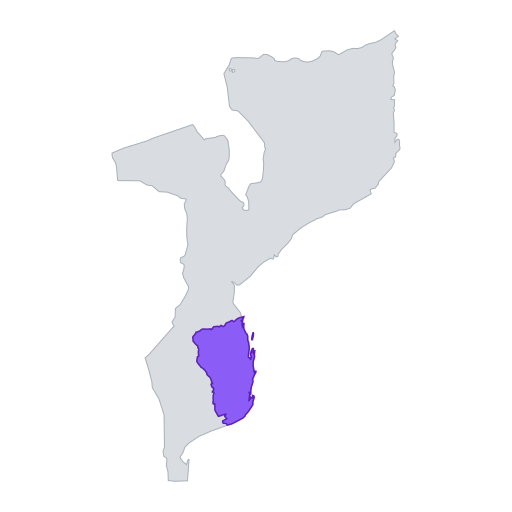 Inhambane on a map of Mozambique (Albers equal-area conic projection)
{"feature_id": "MOZ-1925", "entity_name": "Inhambane", "entity_type": "Province", "adm_level": 1, "iso_a3": "MOZ", "parent_name": "Mozambique", "parent_adm1": "", "projection": "albers", "projection_center": [34.454, -22.902], "detail": "fine", "context": "in_parent", "style": "filled", "palette": "violet", "viewbox_px": 512, "rotation_deg": 0, "n_neighbors": 0, "source": "natural_earth", "source_scale": "10m", "svg_char_len": 9288}
<svg xmlns="http://www.w3.org/2000/svg" viewBox="0 0 512 512"><path d="M145.1,357.8L148.7,354.8L172.6,327.6L174.1,326.5L172.0,322.1L175.1,316.9L175.4,308.8L176.4,307.5L180.1,304.7L185.1,296.4L188.3,289.9L188.6,286.8L183.9,278.1L182.5,273.4L183.8,269.3L184.3,265.5L183.6,264.2L180.7,262.7L180.3,261.0L180.2,259.0L180.8,257.8L184.3,256.0L185.1,255.0L187.9,244.8L186.8,237.1L186.7,228.3L187.3,219.2L186.9,214.0L184.6,208.2L184.3,203.9L185.9,200.9L186.2,199.1L180.7,198.2L177.8,195.8L167.2,192.1L159.1,191.7L152.2,185.8L146.8,185.0L139.9,180.8L118.4,180.6L117.6,180.1L116.5,167.1L115.6,162.8L112.8,158.3L112.0,155.1L112.1,153.0L123.9,148.0L147.3,140.8L152.4,138.4L192.4,124.6L193.5,125.4L197.5,132.1L204.3,139.8L205.9,138.7L215.5,137.4L216.9,136.5L219.9,135.7L223.2,135.3L224.4,135.8L227.9,140.5L229.2,149.5L229.3,155.5L228.9,159.8L226.0,164.8L223.9,171.1L220.9,174.5L221.0,176.1L224.4,179.9L225.2,181.4L225.0,184.7L225.5,186.0L228.5,188.0L230.8,191.2L239.4,200.3L241.6,201.9L243.3,202.3L244.1,204.1L243.6,206.2L242.3,207.4L242.8,209.1L244.4,210.4L248.4,210.2L248.9,209.6L248.7,201.6L247.3,197.0L245.7,194.8L249.0,186.1L250.8,183.7L257.3,182.8L260.3,182.0L261.5,181.0L262.5,178.2L263.4,170.6L263.7,163.4L263.1,159.1L264.1,152.8L265.6,148.8L264.9,148.0L264.4,142.7L248.2,121.3L238.9,111.8L237.4,110.8L232.2,110.0L229.5,106.5L227.3,87.5L223.9,73.7L229.3,64.7L231.1,58.8L232.2,58.0L236.9,57.6L253.3,57.9L257.3,58.4L259.2,57.9L263.5,54.4L267.0,54.5L271.7,56.8L274.3,58.8L274.7,60.5L277.9,61.5L283.8,61.8L288.1,61.0L290.8,59.1L293.6,58.0L296.6,58.0L298.8,58.7L300.3,60.2L303.2,61.4L307.4,62.1L312.1,61.2L317.3,58.7L320.2,56.1L321.9,51.6L322.9,51.1L330.0,50.8L333.8,51.8L338.7,54.7L347.2,49.9L352.6,48.4L357.7,48.5L362.0,47.5L365.3,45.2L368.8,43.8L376.0,42.2L380.8,39.9L394.5,30.7L395.8,33.6L398.4,36.3L394.8,38.9L397.8,40.8L395.4,43.4L395.0,45.3L396.0,47.2L394.4,50.2L392.4,52.5L391.8,54.3L393.4,57.6L392.3,63.2L394.6,72.8L393.7,75.9L393.9,83.4L392.8,86.1L394.5,87.1L395.3,90.1L394.3,95.3L391.3,97.3L390.9,99.5L394.5,99.7L394.3,106.2L393.7,108.1L394.5,110.4L393.3,112.8L394.1,123.3L394.0,130.9L394.1,132.2L397.1,133.6L397.0,135.7L394.9,138.3L394.9,142.4L397.2,139.3L398.5,139.4L399.6,140.7L399.5,145.3L400.0,147.6L399.7,149.6L395.9,153.3L395.6,157.0L394.1,157.4L393.4,158.3L394.3,160.5L394.2,162.3L391.4,168.1L378.7,181.6L378.4,183.9L375.1,188.2L371.8,188.8L369.9,190.0L371.2,193.9L354.7,203.2L353.0,204.5L350.3,208.1L344.9,209.8L339.2,209.9L338.2,210.6L325.0,214.8L322.4,217.0L316.8,218.8L307.9,223.5L300.7,228.1L292.5,235.0L291.4,238.7L287.5,243.6L281.7,249.3L278.2,254.2L278.0,256.3L276.0,256.9L274.3,254.8L273.5,258.8L272.1,259.0L270.6,258.2L263.4,262.3L258.0,267.0L250.5,276.1L239.5,284.9L237.0,285.1L233.5,282.0L231.7,281.8L234.4,285.2L234.3,292.6L232.9,301.4L233.1,303.3L240.3,312.5L243.7,323.4L244.0,328.9L247.6,336.1L249.1,346.8L248.7,356.8L250.4,358.4L251.1,357.0L251.4,350.7L252.4,349.0L253.3,349.3L254.2,352.7L254.5,356.3L253.1,364.1L253.5,367.3L255.2,372.6L253.1,378.8L249.9,395.8L250.6,396.9L252.2,397.3L252.8,395.5L253.7,395.5L254.2,396.6L252.8,403.3L251.5,406.2L246.8,413.4L244.3,416.5L240.1,419.5L230.4,424.2L211.0,431.1L198.7,436.5L189.0,443.0L184.8,447.3L183.1,452.3L179.9,457.4L182.8,461.6L186.4,464.6L188.1,459.6L189.0,459.5L187.5,480.8L174.3,481.3L170.5,480.6L168.3,480.8L168.0,471.9L166.3,465.3L166.9,460.5L166.6,458.0L163.8,456.3L163.0,451.2L164.5,447.3L164.0,414.7L159.0,399.0L152.3,387.7L151.9,382.1L148.7,369.5L145.1,357.8ZM232.9,72.5L234.6,71.6L234.9,70.1L233.7,69.3L232.8,69.5L232.3,72.0L232.9,72.5ZM231.7,69.6L230.3,68.4L229.3,68.7L229.0,69.7L230.0,71.0L231.2,71.0L231.7,69.6Z" fill="#d9dde1" stroke="#a8b0b8" stroke-width="1"/><path d="M243.6,316.6L243.5,316.8L243.8,317.0L243.7,317.6L243.5,317.9L243.3,318.2L243.0,318.0L242.7,317.9L242.5,318.1L242.4,318.4L242.5,318.6L242.9,318.7L243.0,318.9L242.9,319.1L242.9,319.9L242.7,320.3L242.4,320.6L242.0,320.6L241.6,320.3L241.4,320.3L241.2,320.6L241.1,321.0L241.3,321.2L241.5,321.3L241.9,321.6L242.1,321.6L242.2,321.8L242.2,322.1L242.1,322.5L242.1,322.9L242.4,323.1L242.2,323.4L242.4,323.6L242.7,323.7L242.9,323.9L243.0,324.3L242.8,324.4L242.5,324.5L242.2,324.6L241.9,325.0L242.0,325.1L242.3,325.2L242.6,325.4L242.6,325.7L242.6,326.9L243.2,326.2L244.0,322.9L244.0,323.4L243.8,325.2L243.6,326.0L243.8,328.4L244.6,330.6L246.1,333.3L246.5,333.8L246.9,334.0L247.7,335.9L247.7,337.1L247.6,339.5L247.8,340.7L248.6,342.4L248.7,342.9L248.8,344.6L249.0,345.9L249.3,348.3L248.4,355.4L248.4,356.6L248.6,357.3L248.9,357.6L249.4,357.8L249.8,358.0L250.3,359.0L250.7,359.4L250.9,359.1L250.8,357.9L251.0,357.4L251.6,357.1L251.0,356.1L250.6,354.7L250.6,353.4L251.1,352.3L251.0,352.1L251.0,351.9L251.1,351.7L251.3,351.5L251.6,352.4L251.8,352.6L252.1,352.1L251.5,350.9L251.3,350.8L251.4,350.5L252.0,349.7L252.0,349.1L252.5,348.9L252.6,348.5L252.9,348.4L253.2,348.4L253.4,348.5L253.5,348.8L253.5,349.1L253.4,349.8L253.9,354.5L254.1,354.0L254.2,353.5L254.3,351.9L254.5,351.3L254.6,350.8L254.8,350.8L254.4,354.2L254.4,354.8L254.6,356.6L254.5,357.2L253.2,361.5L253.1,365.0L253.9,371.1L254.3,372.2L254.5,371.8L254.6,371.7L254.6,371.4L255.1,371.6L255.5,371.6L255.5,371.2L256.0,371.3L255.9,372.1L255.0,374.0L254.4,374.8L253.4,377.3L252.9,378.1L252.7,378.6L252.6,379.1L252.7,379.7L252.9,380.7L253.0,381.3L252.8,382.5L251.3,387.0L250.8,390.6L250.8,393.0L250.8,393.6L250.6,394.2L250.4,394.4L250.1,393.9L250.1,393.3L250.3,392.8L250.2,392.5L249.5,392.3L249.1,392.4L249.2,392.7L249.5,392.9L249.8,393.6L249.8,393.9L249.7,394.4L249.5,395.5L249.4,396.1L249.5,397.0L249.4,397.3L249.3,397.6L249.1,398.0L249.1,398.3L249.2,399.0L249.2,399.3L249.2,399.6L248.9,400.2L248.9,400.5L249.1,400.4L250.3,399.0L249.9,398.1L249.8,397.5L250.1,397.1L250.5,397.0L250.8,397.3L251.5,397.9L252.0,398.1L252.3,398.1L252.4,397.9L252.6,395.9L252.5,395.6L252.5,395.4L253.6,395.7L253.8,396.0L254.0,397.2L254.0,397.4L254.2,397.5L252.7,402.5L252.7,403.0L252.7,403.4L253.0,404.0L253.0,404.3L252.9,404.5L252.6,404.9L252.5,405.0L252.3,405.6L252.0,406.1L248.1,411.9L245.2,415.0L245.1,415.3L245.1,415.7L245.1,415.9L244.9,416.2L243.0,418.0L235.6,422.0L231.5,424.0L227.2,425.1L226.4,423.7L225.7,423.4L223.7,423.3L223.2,423.2L222.9,422.7L222.8,422.3L222.7,421.9L222.6,421.5L222.6,421.1L222.8,420.9L223.1,420.7L226.7,418.8L226.8,418.7L224.8,416.5L224.6,416.1L224.7,415.8L224.9,415.5L225.7,414.7L225.9,414.4L225.8,414.2L225.5,414.1L225.4,414.1L224.6,414.5L223.9,414.5L223.4,414.8L222.7,414.8L222.1,415.2L221.6,415.3L221.0,415.7L220.7,415.8L219.6,416.0L218.6,416.4L218.4,416.3L218.2,416.1L215.1,410.6L215.0,410.2L214.9,409.8L214.8,403.8L214.7,403.7L214.5,403.8L214.3,403.8L214.0,403.6L213.7,403.5L213.3,403.6L213.2,403.8L213.1,403.7L213.1,403.3L212.9,402.5L212.9,402.1L213.0,401.9L213.2,401.3L213.3,401.1L213.2,400.8L213.3,400.3L213.1,398.4L213.2,397.9L213.2,397.6L213.1,397.1L213.1,396.8L213.1,396.6L213.2,396.3L213.2,395.9L213.3,395.4L213.3,394.7L213.6,394.1L213.7,393.6L213.9,393.3L214.0,393.2L213.9,392.8L213.5,392.1L213.4,391.9L213.2,391.9L212.8,392.1L212.5,392.2L212.3,392.1L212.3,391.8L212.4,391.6L212.9,391.1L213.0,391.0L213.2,390.5L213.6,390.2L213.7,389.9L213.4,389.6L213.4,389.4L213.4,389.2L213.6,388.9L213.7,388.7L213.3,387.8L213.1,387.6L212.6,387.6L212.3,387.5L212.1,387.3L212.0,386.7L211.9,386.4L211.5,386.1L211.5,385.9L211.4,385.4L211.1,384.9L211.0,384.5L211.0,384.2L211.6,383.9L212.3,383.7L212.5,383.6L212.6,383.3L212.4,383.1L212.0,382.8L211.8,382.6L211.7,382.4L211.6,382.2L211.6,381.4L211.6,381.0L211.5,380.8L211.1,380.2L211.0,379.7L211.0,379.3L210.9,379.0L210.6,378.6L210.0,377.5L209.7,377.1L209.2,376.6L208.8,376.4L208.6,376.3L208.3,375.9L208.0,375.6L207.7,375.3L207.4,375.0L207.0,374.7L206.9,374.5L206.8,374.3L206.8,373.8L206.8,373.3L206.6,372.8L205.7,371.5L205.3,370.8L204.9,370.3L204.7,370.1L204.1,369.7L203.6,369.0L203.4,368.8L202.9,368.5L202.3,368.0L201.9,367.8L201.1,367.3L200.6,366.8L200.2,366.1L199.9,365.7L199.6,365.3L199.3,365.0L199.0,364.7L198.7,364.4L197.1,362.0L196.9,361.4L196.8,361.0L196.8,360.7L197.0,359.1L197.3,358.2L197.3,357.0L197.4,356.9L197.5,356.7L197.8,356.5L198.5,356.2L198.8,355.9L198.7,355.2L198.4,354.1L198.4,353.8L198.4,353.3L198.4,352.7L198.3,352.1L198.3,351.9L198.6,350.1L198.7,349.4L198.7,348.9L197.8,347.6L197.7,347.2L197.7,346.8L197.7,346.1L197.6,345.8L195.8,344.4L193.1,341.1L193.0,340.9L193.0,340.7L193.0,340.4L193.1,339.8L193.1,339.6L193.1,339.3L192.7,337.8L192.8,337.3L192.8,337.0L193.2,336.3L193.8,335.7L194.3,335.1L194.5,334.9L194.9,334.2L195.7,333.2L195.9,332.7L196.1,332.1L196.8,332.1L197.3,332.0L198.3,331.5L199.3,331.2L199.9,330.9L201.6,329.4L202.5,329.1L203.6,329.0L208.1,329.2L209.5,328.9L210.2,328.9L210.7,329.0L210.9,329.5L211.1,329.6L211.4,329.6L211.9,329.3L212.0,329.1L212.2,328.6L212.9,327.6L213.4,327.0L213.9,326.7L218.1,326.3L218.5,326.5L218.8,326.8L219.2,326.9L219.8,326.5L220.6,325.6L221.1,325.4L221.7,325.6L222.5,326.3L222.9,326.5L223.4,326.5L224.2,326.0L224.9,325.1L226.0,323.3L226.8,322.7L229.8,321.7L231.0,320.7L231.5,320.6L232.0,320.5L232.3,320.5L233.4,321.4L233.7,321.6L234.5,321.4L235.1,320.8L235.5,320.2L236.9,319.2L237.1,319.0L237.2,318.8L237.5,318.6L240.1,317.5L242.1,317.2L242.5,317.1L243.0,316.7L243.6,316.6ZM252.8,333.3L253.1,332.7L253.3,332.7L253.5,333.2L253.5,333.8L253.3,335.9L252.4,339.7L251.9,339.8L251.7,339.4L251.7,338.8L252.0,336.7L252.8,333.3Z" fill="#8b5cf6" stroke="#5b21b6" stroke-width="1.5"/></svg>